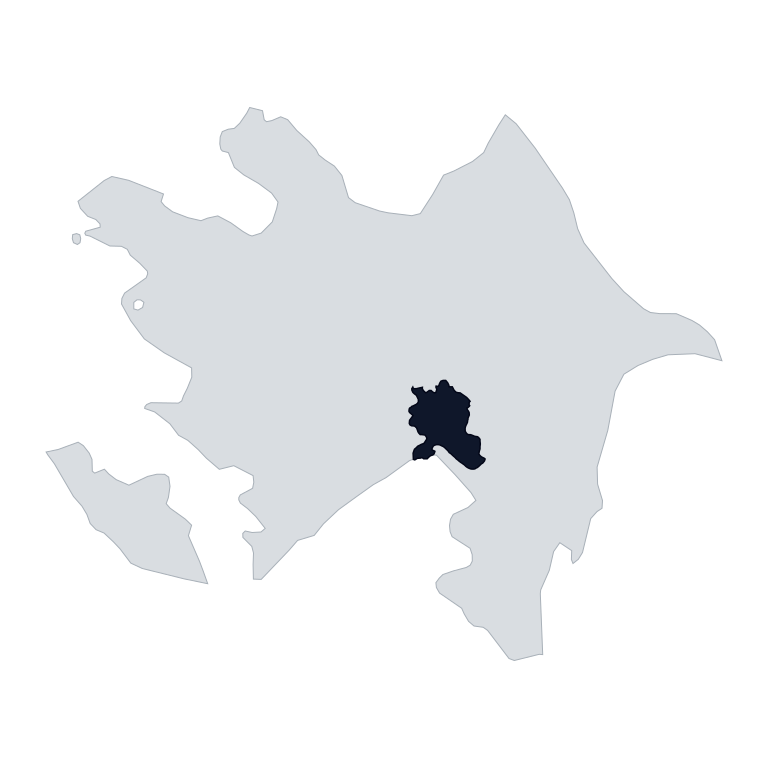 location of Imishli District, İmişli, Azerbaijan
{"feature_id": "54616110B47039748407948", "entity_name": "Imishli District", "entity_type": "district", "adm_level": 2, "iso_a3": "AZE", "parent_name": "Azerbaijan", "parent_adm1": "İmişli", "projection": "equal_earth", "projection_center": [48.045, 39.875], "detail": "fine", "context": "in_parent", "style": "filled", "palette": "ink", "viewbox_px": 768, "rotation_deg": 0, "n_neighbors": 0, "source": "geoboundaries", "source_scale": "gbopen_adm2", "svg_char_len": 5647}
<svg xmlns="http://www.w3.org/2000/svg" viewBox="0 0 768 768"><path d="M542.7,654.6L539.2,654.3L514.3,660.5L509.0,658.5L487.6,630.4L483.2,627.3L474.0,626.0L468.6,621.4L464.2,613.9L461.7,608.3L439.6,593.1L436.4,587.5L435.9,582.7L439.2,578.2L442.9,574.5L453.7,570.8L466.2,567.5L470.2,565.2L472.3,561.1L472.2,554.7L470.1,548.3L452.1,536.7L450.1,531.7L449.5,525.6L450.5,519.3L453.3,514.3L468.0,507.5L475.9,500.4L471.0,492.6L455.1,474.7L436.4,455.1L423.8,454.9L409.4,460.7L386.2,477.5L373.4,484.6L356.7,496.5L338.5,509.7L323.5,523.8L314.2,535.4L297.6,540.4L289.1,550.2L261.2,579.4L253.4,579.1L253.1,564.5L253.5,553.0L251.8,546.4L242.9,537.4L242.8,533.4L245.2,531.0L252.1,532.5L261.0,532.0L265.2,528.4L255.8,516.5L247.5,508.5L240.4,503.1L238.8,499.9L238.8,497.6L240.3,494.9L252.6,488.3L253.8,482.3L253.1,475.6L233.8,465.7L219.3,469.3L206.4,458.2L198.2,449.6L187.9,440.4L178.6,435.3L169.9,423.8L154.6,411.9L144.7,408.5L144.9,406.7L146.7,404.5L150.9,402.7L178.4,403.1L181.7,401.0L183.5,395.9L187.3,388.3L191.8,377.2L191.6,367.9L164.2,352.8L144.3,338.9L130.7,320.7L121.5,304.0L121.9,298.4L124.6,293.1L146.2,277.8L147.7,273.8L147.3,271.1L139.8,263.3L130.3,255.2L127.3,249.3L121.4,246.3L109.9,246.0L90.0,236.1L85.7,235.1L84.8,233.2L85.8,231.2L100.2,227.2L100.0,223.9L95.8,219.5L87.7,216.3L80.4,208.4L78.0,201.3L104.1,180.6L111.8,176.5L128.6,180.3L163.5,194.0L161.1,201.6L164.6,205.9L172.6,211.8L188.0,217.7L201.0,220.7L207.7,218.1L217.8,215.9L230.8,222.8L242.8,231.4L248.8,234.9L252.0,236.0L261.2,233.1L272.3,221.9L276.7,208.5L278.0,202.0L271.6,193.1L258.5,183.4L243.8,174.9L234.4,167.4L228.4,152.6L222.3,151.0L220.8,149.1L219.8,144.0L220.2,137.0L222.3,131.6L228.3,129.2L234.3,128.4L239.8,123.2L246.8,113.1L249.7,107.5L262.5,110.7L264.2,119.8L266.5,121.7L271.8,120.6L280.7,116.8L287.7,119.7L296.8,130.5L309.3,141.9L316.0,149.6L318.7,154.9L325.1,160.0L334.4,166.1L341.9,175.5L348.5,197.6L355.2,202.7L379.5,211.0L388.0,212.8L411.9,215.7L420.3,213.6L432.6,194.6L443.6,175.1L453.9,171.0L472.5,161.5L483.7,152.6L488.3,143.0L498.8,124.9L505.3,114.8L516.2,123.8L535.3,148.3L562.6,188.3L569.4,199.7L573.8,212.8L577.7,228.8L584.0,242.9L611.8,278.5L623.9,291.7L643.5,308.7L650.4,312.5L659.6,313.6L676.3,313.7L691.8,320.4L699.5,325.0L707.4,331.8L714.6,339.7L721.9,360.7L695.0,353.7L668.0,354.8L652.8,359.3L638.0,365.5L623.9,374.2L615.1,391.1L607.8,430.3L597.1,467.1L597.6,484.2L602.5,500.6L602.0,508.3L597.0,511.6L590.7,518.6L582.5,552.5L578.3,559.3L573.0,563.5L571.4,559.5L571.7,550.6L559.8,542.7L553.6,551.6L549.3,570.3L540.7,589.9L540.3,593.7L542.7,654.6ZM142.6,307.5L143.9,302.3L140.5,299.9L137.0,299.8L133.8,302.4L133.8,308.9L138.0,310.1L142.6,307.5ZM51.9,460.4L47.9,455.0L46.1,452.0L58.1,449.5L78.1,442.2L83.4,445.7L89.2,453.1L92.0,459.4L92.3,471.2L94.7,473.1L104.4,469.2L108.7,473.9L116.1,479.6L128.9,485.2L147.7,476.4L157.0,474.2L164.6,474.3L168.7,477.1L170.0,486.3L168.4,497.5L166.2,503.7L170.1,508.2L185.3,519.1L191.6,525.2L188.4,535.7L199.5,561.3L203.3,571.4L207.7,583.7L184.3,578.9L142.3,568.5L130.8,563.1L120.0,548.8L113.5,541.9L104.0,533.0L96.1,529.7L90.2,523.5L86.9,514.4L82.0,506.2L73.5,496.5L54.4,463.8L51.9,460.4ZM80.0,242.7L77.4,244.5L73.5,242.7L72.3,238.7L72.7,234.6L76.6,233.6L79.8,234.8L80.7,238.6L80.0,242.7Z" fill="#d9dde1" stroke="#a8b0b8" stroke-width="1"/><path d="M470.1,401.3L468.5,399.4L466.6,397.4L462.0,394.2L460.2,392.9L457.9,392.7L456.0,392.2L454.1,390.3L452.3,386.8L451.7,386.8L449.2,386.8L448.7,384.9L447.7,382.8L445.7,380.4L443.1,380.4L440.9,381.2L439.7,383.2L438.9,385.4L438.2,386.4L436.1,386.1L435.9,387.1L436.8,389.4L435.8,392.5L434.5,392.9L432.7,392.0L431.1,390.5L429.2,390.5L428.5,391.1L426.5,392.5L425.8,392.8L424.6,391.8L423.3,390.5L422.3,388.6L422.4,387.3L422.0,387.4L419.2,388.0L416.3,388.7L413.7,388.7L413.0,387.7L412.8,387.1L411.8,388.7L411.9,390.2L412.9,392.4L414.4,393.8L416.4,395.3L417.3,397.2L418.3,399.3L418.4,401.6L417.6,403.2L416.2,404.4L414.5,405.2L413.2,405.9L411.9,406.3L411.1,407.2L409.6,408.1L409.2,409.0L409.0,410.5L409.0,411.5L409.7,412.6L410.9,413.6L412.3,414.8L413.0,415.6L412.0,417.0L411.2,418.1L410.1,419.6L409.6,420.2L409.4,422.0L409.3,423.5L410.0,424.9L411.6,425.8L413.5,425.9L414.8,426.2L416.6,427.9L417.4,430.0L418.0,431.8L418.8,433.1L420.2,434.6L421.8,434.6L424.9,435.0L426.1,436.5L426.9,438.2L426.4,439.7L425.5,441.0L424.7,442.3L423.8,443.5L421.2,444.4L420.0,445.1L417.7,446.2L416.2,447.8L414.5,449.2L413.8,451.0L413.1,453.2L413.2,455.2L413.3,457.9L413.4,459.4L413.5,459.4L414.8,459.9L416.4,458.9L417.4,458.3L419.1,458.2L420.4,458.1L422.1,457.6L423.7,458.8L427.2,458.8L428.3,457.6L429.6,456.4L430.6,455.7L432.9,454.9L434.0,453.9L434.6,452.4L434.9,451.3L434.0,450.8L432.5,450.2L431.8,449.1L433.0,446.4L434.1,445.4L436.1,444.7L438.1,444.6L440.1,445.0L441.4,445.7L443.4,446.6L444.9,447.8L446.1,449.0L447.9,450.7L449.2,452.6L450.9,453.7L453.0,455.7L455.1,457.5L456.2,458.8L457.7,459.9L458.9,461.0L460.6,462.3L462.3,463.4L463.2,464.1L464.4,464.9L465.8,466.3L467.0,467.2L468.2,467.9L469.3,468.4L471.0,469.0L473.1,469.1L474.9,468.9L475.8,468.2L477.2,467.6L478.5,466.6L480.0,465.2L481.3,463.9L482.7,463.1L483.7,461.9L484.5,460.9L485.1,459.0L484.2,458.2L482.7,457.5L481.4,456.8L479.9,455.5L478.8,453.9L479.1,452.3L479.4,450.9L480.0,448.9L480.0,446.5L480.3,444.0L480.0,441.1L480.0,439.3L478.5,437.4L477.4,436.7L474.7,436.3L472.6,435.4L470.7,434.7L468.4,434.6L467.4,434.2L466.2,432.9L465.2,431.2L465.1,428.3L465.5,426.6L466.2,424.9L466.8,423.8L467.5,422.1L467.6,420.6L468.0,419.3L468.0,418.1L468.6,416.7L469.3,415.0L469.2,413.5L469.1,412.4L468.4,411.1L467.3,409.6L467.0,408.0L468.0,407.5L469.0,406.6L469.7,405.7L469.1,404.9L469.2,402.3L470.1,401.3Z" fill="#0f172a" stroke="#020617" stroke-width="1.5"/></svg>